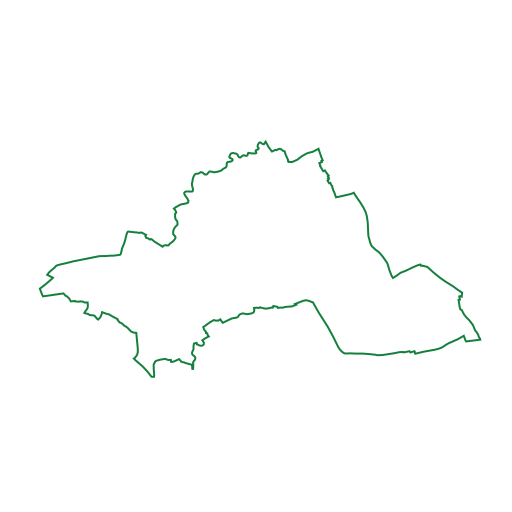 the district of Mueang Sing Buri, Sing Buri, Thailand, rotated 86°
{"feature_id": "78962969B52977923658609", "entity_name": "Mueang Sing Buri", "entity_type": "district", "adm_level": 2, "iso_a3": "THA", "parent_name": "Thailand", "parent_adm1": "Sing Buri", "projection": "natural_earth1", "projection_center": [100.401, 14.906], "detail": "fine", "context": "isolated", "style": "outline", "palette": "green", "viewbox_px": 512, "rotation_deg": 86, "n_neighbors": 0, "source": "geoboundaries", "source_scale": "gbopen_adm2", "svg_char_len": 6095}
<svg xmlns="http://www.w3.org/2000/svg" viewBox="0 0 512 512"><g transform="rotate(86 256 256)"><path d="M355.1,38.1L354.3,38.3L351.8,39.5L350.2,39.8L347.3,41.3L345.5,42.6L340.6,44.2L339.2,44.9L335.5,47.4L333.9,48.6L332.7,49.8L329.1,52.4L324.1,54.6L323.8,55.5L323.4,55.9L321.7,56.3L314.0,57.0L313.7,55.6L310.7,56.1L310.4,56.0L310.3,54.9L310.9,53.6L308.8,53.3L307.0,52.9L304.0,56.8L300.0,61.5L294.8,68.7L290.6,73.9L284.8,80.1L278.8,85.9L277.1,91.3L277.2,92.2L276.0,92.6L276.3,94.5L277.7,98.9L281.3,108.0L282.8,112.9L285.6,117.4L287.5,120.9L285.0,122.2L278.7,124.1L273.7,125.1L272.0,125.7L265.6,129.5L262.1,132.0L260.8,133.1L257.9,136.5L254.4,139.7L252.8,140.5L251.2,141.0L244.4,142.4L242.8,142.5L230.5,142.2L223.7,142.7L219.4,143.7L215.3,145.4L209.7,148.3L205.5,150.9L199.7,154.1L200.4,155.9L200.9,158.0L202.6,168.7L203.0,172.1L197.5,173.6L196.1,174.3L194.4,174.6L193.1,175.1L191.7,175.0L191.0,175.7L188.2,176.8L188.5,178.0L185.7,179.4L184.9,178.2L183.7,178.8L183.3,177.8L181.4,178.8L180.9,177.9L178.1,179.8L175.5,181.3L176.1,183.0L170.8,185.8L170.4,185.5L167.8,186.4L166.9,183.7L165.7,184.1L165.2,182.8L161.7,184.0L153.4,186.2L156.0,192.1L156.8,196.7L157.5,198.9L159.8,203.5L162.8,208.0L164.8,213.5L164.4,217.1L163.3,217.5L162.8,217.2L162.5,217.3L157.1,219.3L153.6,220.1L152.9,221.7L151.1,223.8L150.7,224.8L151.0,226.5L151.9,228.2L151.5,229.2L152.9,232.8L148.5,235.7L142.6,238.4L143.5,239.2L144.9,240.1L145.1,240.5L144.9,241.1L144.6,241.7L143.0,243.8L143.0,244.6L143.7,245.4L145.2,246.4L146.7,246.8L147.4,246.7L148.7,245.8L149.1,245.9L149.7,246.3L150.3,248.4L150.9,249.0L151.2,249.1L152.2,248.6L152.8,248.6L153.3,248.6L153.6,249.1L153.6,250.5L153.3,253.4L152.6,256.3L153.0,256.9L154.7,257.3L155.2,257.7L155.4,259.0L154.6,261.4L155.1,262.5L156.6,264.6L156.7,265.0L156.3,266.0L155.3,266.7L153.4,267.5L152.6,268.5L151.6,271.9L152.0,273.7L152.4,274.2L153.2,274.7L154.9,275.6L155.5,275.7L156.3,275.2L157.5,272.9L158.3,272.7L159.0,272.8L159.6,273.4L160.0,274.4L160.3,277.6L160.6,278.1L161.4,278.7L164.1,279.0L165.2,279.6L165.7,280.2L166.6,282.3L168.5,285.1L169.3,288.7L169.6,291.8L168.8,294.4L168.4,296.2L168.9,297.1L171.0,299.2L171.3,299.7L171.0,301.5L169.0,303.5L168.5,305.3L169.8,307.7L169.8,309.9L169.9,310.5L170.3,311.2L171.9,312.4L173.0,313.0L175.3,313.8L177.4,314.2L179.2,314.9L181.1,314.9L184.8,314.2L185.8,314.3L187.0,314.7L187.2,315.0L187.2,316.4L186.8,320.0L186.8,321.6L187.3,322.6L188.1,323.2L188.8,323.2L189.5,323.0L191.8,321.9L193.6,320.6L195.0,320.1L196.0,319.5L196.6,319.8L197.9,319.9L198.4,320.9L199.0,324.2L199.1,326.1L199.9,328.9L200.7,330.3L201.8,332.9L203.0,334.6L204.3,333.5L206.9,332.5L207.3,332.7L208.0,333.6L208.6,333.8L211.6,334.0L213.9,333.6L215.2,332.5L216.2,332.1L218.9,332.0L219.6,332.4L221.0,334.1L222.0,335.1L224.2,336.4L225.4,336.8L228.2,337.1L229.2,336.6L230.3,335.6L231.3,335.1L232.0,335.0L232.8,335.3L234.7,336.8L235.8,338.1L237.8,341.2L239.2,342.4L239.4,343.2L238.9,345.3L239.1,346.8L239.4,347.9L240.2,348.5L234.7,356.1L232.0,359.0L231.7,359.7L232.2,360.7L230.8,362.5L230.3,364.2L228.4,365.0L227.3,364.2L224.8,368.3L224.5,369.2L224.8,371.1L224.2,373.1L223.9,375.3L222.7,381.8L223.1,382.5L225.3,383.6L231.2,385.5L234.1,386.6L239.2,389.1L244.4,390.7L245.1,391.2L245.3,391.7L245.5,393.6L245.7,398.0L245.5,402.0L245.6,405.8L245.2,412.1L248.6,438.8L249.8,445.3L250.9,452.5L251.4,454.8L252.0,456.3L253.0,457.1L256.8,462.2L257.7,463.3L260.2,465.6L263.5,460.1L265.5,462.4L270.2,468.8L273.5,473.9L278.9,472.3L281.4,471.3L279.9,450.7L282.3,448.8L282.9,447.7L285.2,445.4L288.4,443.8L288.2,439.9L288.6,439.8L288.8,439.2L289.2,435.9L289.0,434.1L289.6,431.5L290.3,430.5L290.5,429.8L290.6,427.2L293.8,427.2L296.0,427.6L297.2,428.3L299.2,430.1L300.8,431.2L301.4,430.1L301.9,428.0L302.6,426.8L303.2,426.2L303.7,424.2L303.7,423.1L304.3,421.2L305.1,420.8L306.3,419.7L307.3,419.2L308.4,417.9L306.5,415.8L305.4,415.1L303.4,414.1L301.3,413.5L303.6,408.3L303.9,406.7L305.1,405.2L309.5,398.3L310.3,398.4L312.8,396.7L313.3,395.4L313.9,394.6L314.8,393.6L316.6,392.0L317.3,390.7L318.5,389.3L322.5,386.0L323.9,383.4L324.3,380.8L339.8,380.4L343.6,380.6L346.0,381.4L347.3,382.3L348.8,383.6L349.8,385.0L351.9,383.2L358.1,376.9L363.8,372.3L368.8,368.9L369.2,368.5L369.3,367.9L369.4,366.2L368.0,365.9L360.7,365.9L359.8,365.7L358.7,365.8L356.8,365.6L355.3,364.5L354.4,364.1L353.9,363.5L353.2,361.3L352.7,358.4L352.3,354.0L352.5,353.2L353.2,351.9L353.7,350.1L353.7,348.2L355.7,348.1L355.8,347.5L355.4,344.9L353.5,339.9L354.5,339.2L354.8,338.8L356.2,338.0L356.8,336.5L357.1,335.1L357.8,333.9L360.0,327.7L360.7,327.4L364.1,327.4L364.3,326.7L363.5,326.5L359.3,326.1L357.7,326.2L356.5,325.4L355.1,324.0L354.3,323.7L352.6,323.8L351.6,324.5L350.6,325.7L350.0,326.2L349.4,326.5L348.4,326.6L347.7,326.5L344.2,324.7L341.9,324.7L339.0,324.0L338.5,321.3L340.0,321.1L341.4,318.3L341.7,317.2L341.6,315.8L341.1,314.8L340.8,314.5L340.3,314.2L338.7,314.1L336.3,315.4L335.7,314.2L334.5,312.3L333.0,308.7L331.4,309.8L329.7,310.0L329.3,311.3L328.1,311.2L326.0,312.8L323.3,313.6L318.7,306.2L317.1,302.8L317.0,302.2L317.6,301.1L317.7,300.2L317.7,298.8L317.9,298.3L316.7,296.0L317.8,295.5L320.3,293.8L316.6,284.5L316.1,279.7L315.6,278.4L313.5,276.7L312.9,275.7L312.3,273.3L313.3,269.5L313.4,268.2L313.1,265.5L312.8,263.8L312.2,262.5L311.2,261.8L310.0,261.5L307.7,261.6L307.6,258.6L308.0,257.5L308.0,256.8L307.9,256.3L307.4,255.5L308.0,254.4L309.2,250.2L309.0,246.3L308.5,244.6L308.7,242.8L307.1,242.2L308.2,238.2L309.3,237.8L309.2,234.9L309.4,232.8L309.0,231.3L308.8,228.6L308.8,223.6L307.5,219.4L306.6,220.4L304.0,212.1L303.6,209.0L304.8,205.5L305.9,203.4L306.1,202.5L317.0,197.3L331.5,189.4L341.8,184.7L352.6,180.3L355.3,178.7L357.0,177.3L358.5,175.8L359.2,174.6L359.5,173.9L359.7,168.7L360.4,162.5L360.8,156.4L361.8,149.5L362.9,143.5L363.4,141.9L363.5,140.4L363.6,136.5L363.4,134.1L362.6,124.6L361.9,119.5L362.0,116.0L362.1,115.8L362.4,115.7L362.4,115.0L361.7,109.5L362.9,108.8L363.0,108.6L362.0,104.6L362.5,104.3L364.4,104.2L364.6,103.9L363.2,95.7L361.9,83.6L361.3,80.4L360.2,76.9L357.7,72.4L356.4,69.7L353.2,60.7L350.1,54.3L354.8,52.9L355.9,52.4L355.1,38.1Z" fill="none" stroke="#15803d" stroke-width="2"/></g></svg>